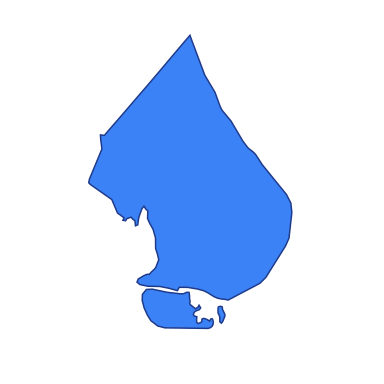 outline of Al Jahrah, rotated 122°
{"feature_id": "KWT-1667", "entity_name": "Al Jahrah", "entity_type": "Province", "adm_level": 1, "iso_a3": "KWT", "parent_name": "Kuwait", "parent_adm1": "", "projection": "equal_earth", "projection_center": [47.841, 29.537], "detail": "fine", "context": "isolated", "style": "filled", "palette": "blue", "viewbox_px": 384, "rotation_deg": 122, "n_neighbors": 0, "source": "natural_earth", "source_scale": "10m", "svg_char_len": 2016}
<svg xmlns="http://www.w3.org/2000/svg" viewBox="0 0 384 384"><g transform="rotate(122 192 192)"><path d="M225.2,84.1L233.4,86.0L264.5,104.1L265.6,107.3L267.1,110.2L268.5,114.0L269.1,118.0L269.1,125.1L269.5,129.7L271.4,136.0L275.2,145.2L279.6,152.3L283.4,152.1L285.9,160.7L289.2,169.3L295.3,179.5L298.1,187.0L297.6,190.9L294.3,191.5L288.4,188.5L285.4,186.3L284.5,184.6L281.6,184.1L278.1,183.2L275.5,182.7L267.1,184.3L262.8,188.6L259.2,192.9L250.3,198.6L244.3,205.2L241.1,211.1L238.0,215.7L231.5,219.4L230.9,222.4L229.5,225.2L232.7,225.6L238.1,224.5L242.1,223.5L245.3,222.1L248.6,220.6L250.6,222.0L246.5,225.3L246.5,227.6L245.6,230.3L249.1,233.1L251.6,233.1L251.8,233.7L252.6,235.6L249.9,236.0L249.3,244.0L240.9,256.0L239.5,282.0L238.9,284.5L235.5,285.8L203.2,291.2L196.2,297.0L192.1,299.9L190.4,296.3L182.2,295.1L167.8,292.8L153.4,290.6L139.0,288.4L124.7,286.2L108.5,283.8L92.4,281.5L76.3,279.2L60.2,276.8L64.4,271.4L86.2,243.0L95.3,225.3L104.6,213.4L106.8,209.7L111.1,196.6L121.9,175.8L124.7,168.6L125.1,166.7L125.7,160.9L126.4,158.1L131.7,146.7L144.1,110.5L149.0,102.3L156.6,96.4L179.7,85.3L188.0,84.1L225.2,84.1ZM322.9,158.7L320.1,164.5L315.7,171.1L310.4,176.7L305.1,179.8L304.1,179.7L298.8,179.0L295.4,174.1L290.3,160.1L284.3,147.5L283.5,146.4L282.7,145.2L279.8,143.3L278.7,141.3L281.4,139.0L283.1,138.0L286.2,135.4L287.8,134.9L288.4,133.8L289.2,127.2L286.9,126.1L285.7,125.9L284.3,126.0L285.7,123.2L287.8,123.4L291.3,126.0L292.9,126.3L294.9,126.1L296.0,124.8L295.2,121.8L297.8,120.5L299.9,119.0L300.4,117.3L298.1,115.4L296.5,115.1L294.6,116.2L293.2,115.4L292.6,114.1L292.2,112.1L292.1,110.1L292.2,108.8L292.2,108.7L289.7,108.8L289.3,108.4L288.8,107.9L289.4,106.5L291.2,104.9L293.3,103.9L295.3,103.8L297.3,104.5L299.2,106.1L321.6,143.1L323.8,150.1L322.9,158.7ZM283.4,102.2L282.4,103.2L281.1,105.4L280.4,106.1L276.5,108.5L275.4,108.7L274.4,108.0L273.6,106.7L273.4,105.5L275.4,103.9L278.3,99.3L279.9,98.3L285.5,97.3L287.7,97.6L287.3,99.6L283.4,102.2Z" fill="#3b82f6" stroke="#1e3a8a" stroke-width="1.5"/></g></svg>